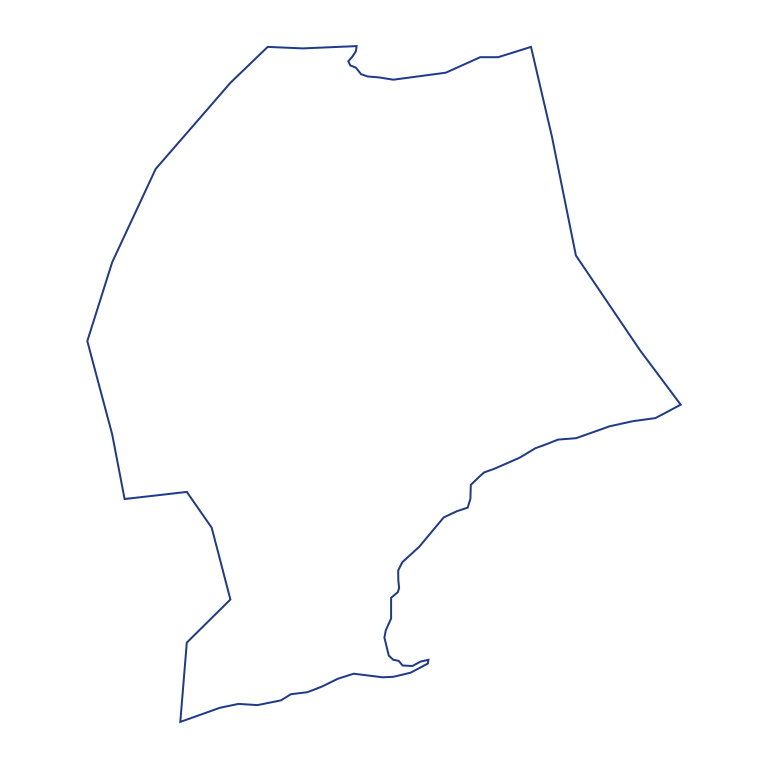 Accra Metropolis, Greater Accra, Ghana (Natural Earth projection)
{"feature_id": "2480657B11720749290533", "entity_name": "Accra Metropolis", "entity_type": "district", "adm_level": 2, "iso_a3": "GHA", "parent_name": "Ghana", "parent_adm1": "Greater Accra", "projection": "natural_earth1", "projection_center": [-0.21, 5.545], "detail": "fine", "context": "isolated", "style": "outline", "palette": "blue", "viewbox_px": 768, "rotation_deg": 0, "n_neighbors": 0, "source": "geoboundaries", "source_scale": "gbopen_adm2", "svg_char_len": 1081}
<svg xmlns="http://www.w3.org/2000/svg" viewBox="0 0 768 768"><path d="M109.7,425.1L112.2,434.4L124.6,499.0L186.8,491.9L211.7,527.7L230.4,599.5L186.8,642.6L180.3,721.9L219.8,707.8L238.5,703.9L257.5,705.1L269.4,702.7L280.8,700.4L291.0,694.2L307.4,692.2L322.1,686.5L337.7,678.8L353.7,673.7L382.6,677.3L393.3,676.8L410.6,672.7L427.9,663.5L428.4,659.8L420.5,661.6L412.4,666.0L402.6,665.5L398.6,660.8L393.3,659.8L388.8,655.6L384.4,637.6L385.8,630.3L391.1,618.5L391.1,597.8L397.8,592.2L399.1,588.0L398.3,579.8L398.2,570.4L402.3,562.2L419.2,546.8L443.7,517.4L456.9,511.2L467.7,507.6L470.4,498.8L470.8,484.9L479.3,476.7L484.1,472.4L494.0,468.9L519.8,457.6L535.2,448.3L546.4,444.2L558.0,439.6L576.0,438.2L609.6,426.3L632.7,421.2L655.4,418.1L680.7,404.7L640.1,350.4L575.9,255.5L551.9,136.5L531.0,46.9L498.1,57.2L480.2,57.2L445.8,72.7L393.3,79.7L379.0,77.4L367.8,76.5L361.1,74.2L355.9,67.7L350.3,65.4L348.3,61.3L352.7,56.2L355.9,51.2L356.6,46.1L302.8,48.4L267.7,46.9L230.4,82.8L199.3,118.7L155.7,168.9L112.2,262.2L87.3,341.1L109.7,425.1Z" fill="none" stroke="#1e3a8a" stroke-width="2"/></svg>